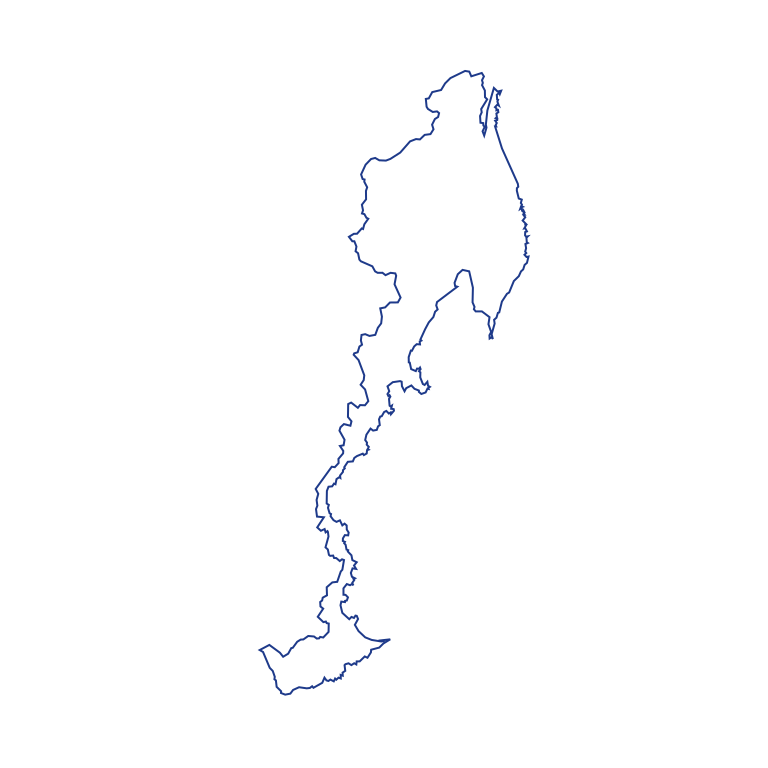 the district of Bahía Solano (Mutis), Chocó, Colombia, rotated 200°
{"feature_id": "7082276B67825714501436", "entity_name": "Bahía Solano (Mutis)", "entity_type": "district", "adm_level": 2, "iso_a3": "COL", "parent_name": "Colombia", "parent_adm1": "Chocó", "projection": "robinson", "projection_center": [-77.369, 6.398], "detail": "fine", "context": "isolated", "style": "outline", "palette": "blue", "viewbox_px": 768, "rotation_deg": 200, "n_neighbors": 0, "source": "geoboundaries", "source_scale": "gbopen_adm2", "svg_char_len": 6131}
<svg xmlns="http://www.w3.org/2000/svg" viewBox="0 0 768 768"><g transform="rotate(200 384 384)"><path d="M426.2,694.2L429.4,687.4L430.9,679.8L438.5,674.8L439.6,667.7L442.2,666.2L438.8,659.1L436.8,657.5L431.2,656.3L427.4,658.3L424.9,657.4L424.5,653.4L426.8,650.4L427.5,644.1L424.6,640.3L425.8,634.7L431.0,632.0L433.9,626.1L437.7,625.1L442.5,620.9L447.9,607.0L455.0,597.7L458.6,594.6L464.9,592.6L469.6,593.4L473.1,591.0L476.3,583.8L477.2,573.1L474.2,569.3L472.2,569.5L471.7,567.3L467.1,563.1L467.0,559.3L464.0,551.4L466.1,544.9L463.1,540.0L463.0,536.7L460.5,536.9L457.4,534.2L455.3,533.9L457.1,527.4L456.7,522.5L458.1,522.6L460.7,516.0L463.7,514.8L467.3,510.3L462.6,507.3L460.7,508.0L456.9,503.7L456.1,499.0L453.1,498.0L449.7,492.5L447.7,491.4L435.2,490.6L430.9,486.8L428.0,486.3L423.5,488.0L419.8,486.8L415.9,490.7L411.2,491.8L409.6,489.9L408.2,481.3L398.0,470.9L398.9,465.4L406.3,462.6L409.1,456.4L413.4,453.8L409.0,446.6L407.4,440.0L409.0,434.7L409.0,427.2L414.1,424.2L418.7,424.4L421.9,422.4L420.6,417.0L418.1,413.4L419.9,410.8L419.6,404.8L422.5,402.6L422.5,401.1L416.1,397.8L405.5,385.4L404.4,380.7L405.7,375.3L399.9,372.4L392.9,362.5L394.6,357.5L399.3,356.0L400.4,352.7L408.5,355.3L410.8,352.9L406.6,340.7L401.8,337.8L401.3,333.3L408.0,332.6L410.1,328.4L409.9,324.9L402.0,318.1L401.0,312.6L404.2,310.7L399.4,307.2L398.7,304.8L401.2,298.0L399.6,294.2L401.8,289.0L404.8,288.4L412.3,262.0L408.2,258.3L407.7,252.0L405.0,246.9L405.1,243.2L401.6,236.5L394.9,238.2L397.7,226.4L393.1,224.5L390.2,227.4L388.1,224.6L386.8,226.4L386.1,225.8L384.0,221.7L383.1,210.5L380.2,209.3L377.3,204.6L375.8,204.1L373.1,205.4L371.4,203.4L369.3,204.1L365.0,202.5L363.5,204.9L361.4,204.9L359.6,195.2L360.5,193.0L360.3,182.1L364.7,179.9L368.3,173.4L365.3,165.9L368.5,162.3L368.1,159.4L369.4,157.3L367.6,153.2L364.3,152.1L366.6,142.6L359.5,139.5L357.4,140.9L356.1,139.7L354.0,140.0L351.3,132.1L354.4,125.0L357.5,124.5L358.0,122.8L360.1,121.8L363.4,122.8L369.0,121.3L372.4,116.4L374.9,115.3L377.4,112.1L379.5,104.9L380.8,104.1L381.8,97.8L385.5,93.2L389.9,95.9L402.5,99.6L409.8,91.5L406.0,90.8L394.3,78.2L390.4,76.3L386.5,71.5L386.0,69.1L384.2,68.5L381.3,62.7L375.6,60.1L375.1,58.4L370.6,58.3L366.1,61.0L364.8,65.4L360.1,70.0L352.5,71.6L349.7,73.0L348.2,75.4L346.4,74.4L339.8,82.1L339.5,87.7L336.7,85.8L334.7,85.9L333.3,87.9L329.5,87.4L329.2,90.5L327.7,89.8L326.3,92.5L323.9,92.5L325.2,95.8L323.0,95.8L324.2,98.6L322.3,101.2L324.9,106.3L324.4,107.5L321.8,109.4L318.5,108.7L316.5,111.4L314.1,111.0L314.8,114.0L312.0,115.0L308.9,121.4L305.9,121.1L304.5,127.3L305.2,129.9L298.3,134.7L295.8,140.0L290.8,146.2L298.9,142.2L297.1,141.9L298.5,141.1L308.0,139.3L315.0,139.5L323.4,143.1L329.0,147.7L328.0,154.3L330.3,156.8L331.6,156.6L332.2,153.9L334.9,154.0L336.2,151.1L344.9,154.7L349.2,161.2L349.7,164.9L346.1,165.7L346.4,166.9L344.9,167.8L344.9,171.2L348.0,172.7L350.0,172.1L352.2,178.1L350.5,183.3L347.1,183.3L345.6,185.2L343.9,184.3L345.8,186.2L344.9,189.7L346.0,190.4L344.9,191.5L348.2,191.9L350.5,195.1L350.5,200.0L347.0,200.7L350.1,203.2L348.7,207.2L353.5,207.7L356.0,211.9L360.7,214.2L360.8,215.6L362.6,215.6L365.1,219.8L367.0,220.8L366.7,222.3L369.0,222.4L369.8,224.9L369.1,228.6L365.9,229.5L366.4,232.3L369.2,234.5L370.7,238.3L373.3,239.3L374.8,236.9L378.8,240.8L381.5,238.2L384.9,238.8L389.0,241.5L389.3,243.7L390.9,243.9L394.3,248.5L394.5,251.5L397.0,252.1L401.1,264.0L401.0,268.5L397.7,270.1L396.9,273.3L395.3,273.2L396.1,278.4L394.2,281.1L392.9,280.8L394.0,283.0L392.5,287.4L393.1,289.0L392.0,291.3L392.9,292.2L391.4,298.5L386.8,300.6L386.6,304.4L384.8,307.0L380.1,311.3L378.6,310.3L376.5,312.8L377.3,316.0L376.0,317.1L377.1,317.4L376.8,319.7L379.5,321.1L379.9,323.1L382.5,324.9L383.2,330.4L381.4,337.5L378.3,336.5L375.1,338.4L375.1,342.2L373.9,343.9L376.6,349.1L376.4,352.1L375.1,353.0L374.3,357.7L372.6,359.5L369.3,357.9L368.0,359.6L367.1,358.0L365.5,362.3L366.3,363.7L368.8,363.2L369.2,366.4L370.1,365.1L371.3,365.5L374.2,371.7L373.7,374.3L375.0,375.4L375.8,374.2L377.3,375.7L376.6,379.0L379.9,383.0L376.4,388.7L369.9,392.2L368.2,392.2L366.4,388.1L362.2,384.2L361.7,387.7L357.8,392.0L353.7,389.9L349.0,389.8L348.5,388.5L345.5,387.4L342.0,390.3L341.6,394.4L340.4,394.6L341.1,395.4L339.9,397.0L342.0,397.4L344.0,400.9L345.5,397.0L347.5,397.3L352.2,402.6L353.8,407.4L355.5,408.0L354.7,410.5L355.8,411.8L356.3,410.3L358.2,409.8L358.5,407.0L363.6,407.3L367.1,412.9L368.1,412.8L370.0,417.7L370.2,424.6L369.1,424.8L368.5,429.6L366.9,432.6L363.7,433.5L365.0,436.2L363.7,437.6L365.0,438.3L364.1,449.5L363.0,457.2L360.5,463.8L360.7,469.4L359.1,472.4L361.8,475.7L362.2,479.2L348.4,500.5L350.7,500.4L352.3,503.2L352.2,512.4L349.2,518.1L342.5,519.0L333.4,504.9L328.7,491.0L325.3,487.4L325.1,485.0L322.7,483.6L316.8,485.7L307.7,482.9L306.3,475.9L301.1,469.5L301.6,465.9L300.3,462.9L298.9,464.8L297.1,463.5L299.9,467.6L300.7,478.6L302.5,482.0L301.0,484.8L301.3,489.8L300.2,490.7L301.4,501.8L299.3,510.8L297.7,512.8L297.2,525.2L294.2,531.4L293.8,536.6L292.4,539.3L292.6,544.0L291.1,546.7L291.8,553.2L293.5,552.1L296.2,553.5L295.1,555.7L296.6,556.7L296.9,560.2L299.0,563.9L297.1,565.7L298.3,566.0L300.2,570.2L299.4,571.9L300.9,571.0L302.3,572.0L303.3,575.1L301.9,576.3L304.6,578.7L305.4,578.2L304.7,582.2L306.6,582.1L305.2,582.9L309.6,585.0L308.3,589.0L310.7,590.5L309.7,591.1L311.0,591.8L310.5,593.1L312.1,594.6L312.1,593.5L313.5,594.0L314.7,596.5L315.9,595.0L315.9,596.7L314.3,598.0L315.9,598.2L315.7,599.7L317.3,600.9L317.6,604.4L320.8,604.4L325.3,611.1L326.1,613.5L325.3,615.3L326.7,617.9L353.7,645.7L367.7,664.0L366.6,664.4L367.6,665.5L367.3,667.8L369.6,669.5L367.9,670.8L368.3,672.2L369.9,672.1L369.2,673.4L370.9,676.6L369.5,678.5L370.6,680.5L372.0,679.6L372.5,681.4L374.4,682.1L373.0,685.4L371.3,684.9L374.0,688.1L374.0,690.1L375.0,690.1L376.9,694.3L375.3,697.1L374.3,696.0L374.2,699.7L377.3,697.7L382.0,699.8L380.4,676.3L377.0,662.6L375.4,660.0L374.8,651.7L377.8,655.2L377.3,660.2L379.0,660.9L380.0,663.1L382.7,662.5L385.4,668.7L385.1,672.7L386.7,675.6L384.4,686.8L387.2,688.1L389.6,694.3L394.1,698.4L394.1,700.7L395.8,703.0L395.3,707.2L398.5,709.7L407.2,703.0L410.7,706.7L414.9,705.9L426.2,694.2Z" fill="none" stroke="#1e3a8a" stroke-width="2"/></g></svg>